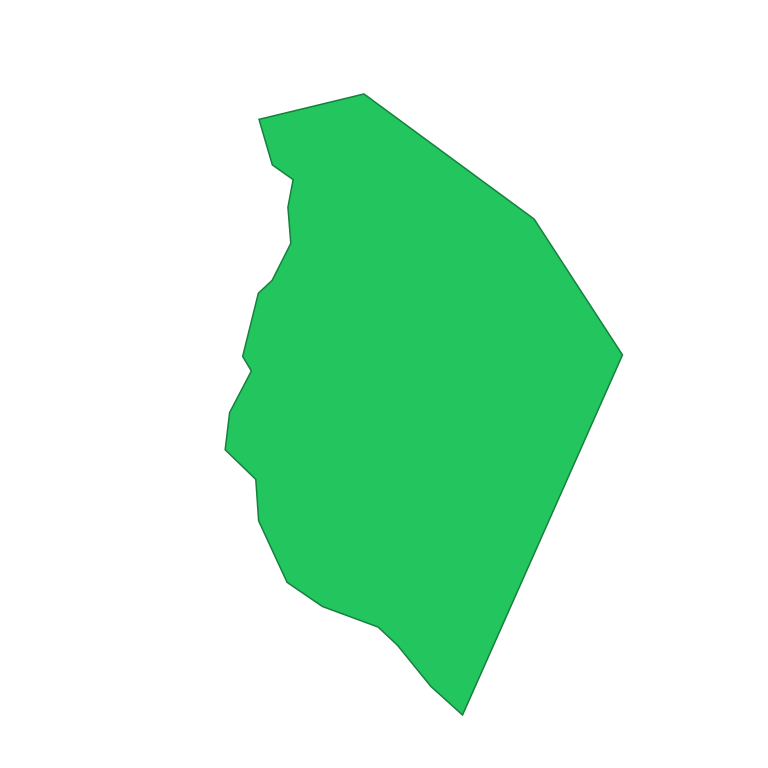 outline of Evans, Georgia, United States of America, rotated 215°
{"feature_id": "52423323B4289293971821", "entity_name": "Evans", "entity_type": "district", "adm_level": 2, "iso_a3": "USA", "parent_name": "United States of America", "parent_adm1": "Georgia", "projection": "mercator", "projection_center": [-81.841, 32.163], "detail": "fine", "context": "isolated", "style": "filled", "palette": "green", "viewbox_px": 768, "rotation_deg": 215, "n_neighbors": 0, "source": "geoboundaries", "source_scale": "gbopen_adm2", "svg_char_len": 447}
<svg xmlns="http://www.w3.org/2000/svg" viewBox="0 0 768 768"><g transform="rotate(215 384 384)"><path d="M638.2,529.1L601.1,499.4L575.7,499.3L564.1,473.7L541.0,445.7L535.1,404.7L539.0,386.3L515.6,325.5L500.1,318.6L494.1,272.1L476.4,239.0L434.3,232.3L408.2,200.0L349.6,165.9L306.8,166.4L249.4,181.5L223.1,177.7L172.1,163.1L129.8,157.9L205.3,544.6L355.6,605.2L566.8,610.1L638.2,529.1Z" fill="#22c55e" stroke="#15803d" stroke-width="1.5"/></g></svg>